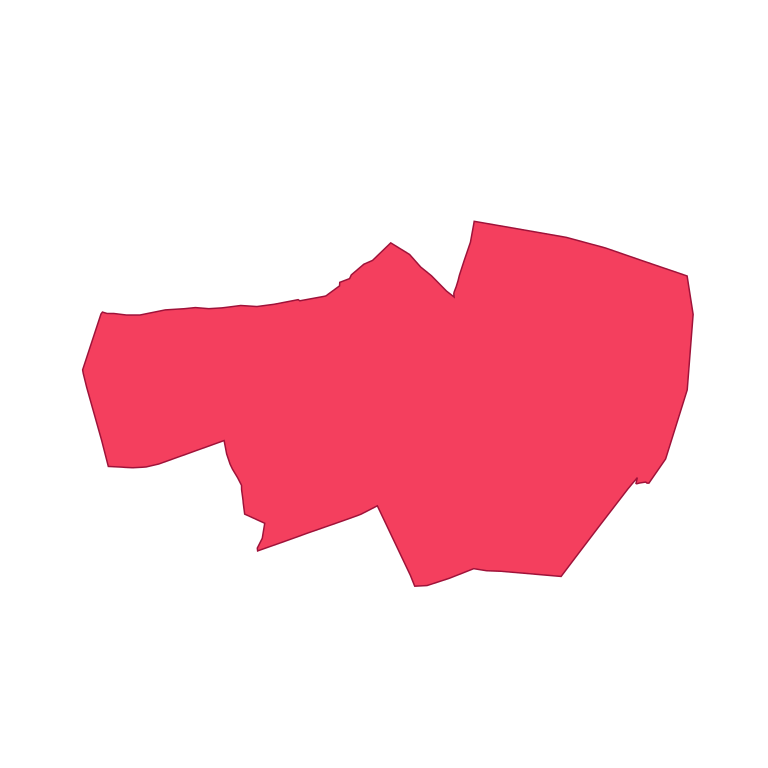 San Andrés Dinicuiti, Oaxaca, Mexico (orthographic projection), rotated 18°
{"feature_id": "50627088B73499438773717", "entity_name": "San Andrés Dinicuiti", "entity_type": "district", "adm_level": 2, "iso_a3": "MEX", "parent_name": "Mexico", "parent_adm1": "Oaxaca", "projection": "orthographic", "projection_center": [-97.707, 17.699], "detail": "fine", "context": "isolated", "style": "filled", "palette": "rose", "viewbox_px": 768, "rotation_deg": 18, "n_neighbors": 0, "source": "geoboundaries", "source_scale": "gbopen_adm2", "svg_char_len": 1494}
<svg xmlns="http://www.w3.org/2000/svg" viewBox="0 0 768 768"><g transform="rotate(18 384 384)"><path d="M419.5,201.4L420.0,204.7L422.4,222.5L422.1,241.9L422.1,257.2L422.5,263.0L422.6,269.2L422.5,270.9L422.3,275.0L422.5,276.6L423.8,279.6L414.7,276.3L395.7,266.4L382.7,261.4L368.3,252.9L346.8,247.7L334.9,270.0L327.8,276.3L319.2,290.3L318.7,294.4L310.5,301.0L311.4,304.4L301.4,318.3L299.1,319.6L278.2,330.9L276.3,330.3L254.9,342.1L239.2,349.6L233.3,351.1L223.5,353.6L212.1,359.0L206.3,361.7L194.1,366.5L181.0,369.6L170.8,374.1L153.1,381.1L130.4,393.9L117.7,398.0L105.4,400.4L98.8,402.5L94.0,402.6L93.2,404.9L93.0,463.7L94.5,466.5L94.7,466.9L95.7,468.5L99.5,474.6L102.1,478.8L132.9,524.9L147.3,547.6L160.2,544.1L163.6,543.3L170.9,541.3L179.5,538.0L183.4,536.4L194.5,529.7L210.9,517.0L219.1,510.7L226.4,505.0L241.0,493.7L249.4,487.2L256.0,499.2L262.4,507.8L266.2,511.8L273.8,518.4L279.8,524.4L281.2,528.5L284.2,534.7L286.0,538.5L286.9,540.7L287.9,542.8L291.7,550.8L313.6,553.3L315.9,568.4L314.2,579.2L315.4,581.8L324.9,574.5L340.3,562.7L352.4,553.3L357.0,549.7L386.4,527.4L400.2,516.7L402.4,514.9L415.3,501.9L468.2,557.8L475.7,566.8L487.2,562.4L506.4,548.4L526.4,531.9L539.2,529.9L552.6,526.1L611.9,512.3L619.5,490.3L632.2,453.9L648.5,408.1L653.9,394.7L654.4,400.7L655.2,400.8L657.8,399.1L663.2,396.4L664.8,397.0L666.6,396.4L669.0,388.3L675.0,368.3L674.2,295.9L656.5,222.3L638.9,187.6L590.4,186.9L552.5,186.2L512.1,188.2L419.5,201.4Z" fill="#f43f5e" stroke="#9f1239" stroke-width="1.5"/></g></svg>